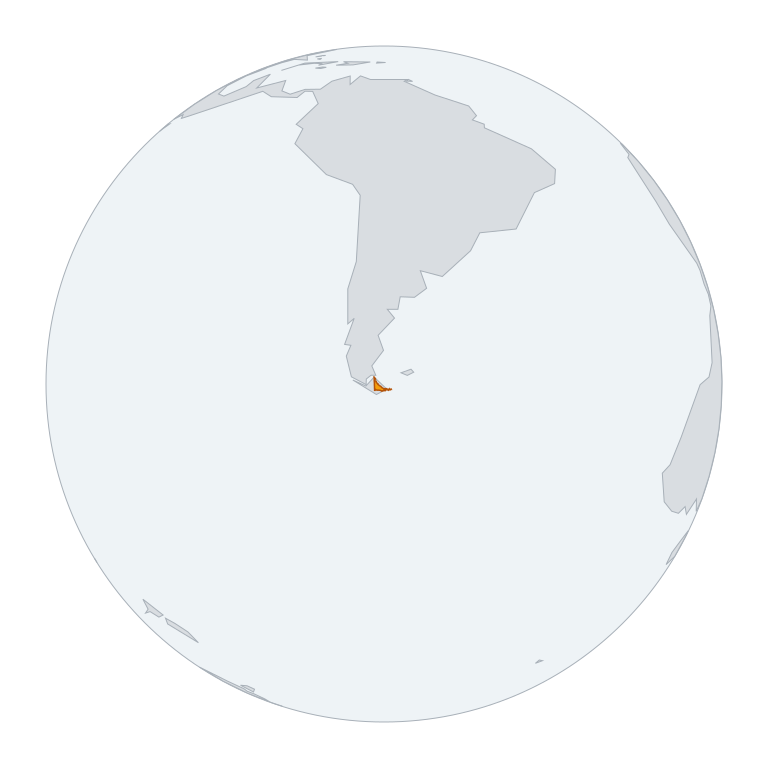 the Earth from above Tierra del Fuego
{"feature_id": "ARG-1272", "entity_name": "Tierra del Fuego", "entity_type": "National Territory", "adm_level": 1, "iso_a3": "ARG", "parent_name": "Argentina", "parent_adm1": "", "projection": "orthographic", "projection_center": [-65.869, -53.846], "detail": "fine", "context": "on_globe", "style": "filled", "palette": "amber", "viewbox_px": 768, "rotation_deg": 0, "n_neighbors": 0, "source": "natural_earth", "source_scale": "10m", "svg_char_len": 5253}
<svg xmlns="http://www.w3.org/2000/svg" viewBox="0 0 768 768"><circle cx="384" cy="384" r="338" fill="#eef3f6" stroke="#a8b0b8"/><path d="M168.1,124.0L169.9,123.8L162.1,129.4L159.8,131.2L168.1,124.0ZM336.9,49.4L307.1,55.7L307.4,60.1L294.3,59.4L281.8,62.7L266.4,67.9L266.1,68.4L246.3,75.9L227.2,85.7L218.5,94.0L223.9,96.1L246.2,86.6L253.6,80.6L270.4,74.2L256.7,88.0L285.7,80.5L281.9,90.9L290.1,94.2L305.1,89.4L320.4,89.2L331.9,81.2L350.2,76.0L350.1,84.5L360.5,75.9L370.5,79.5L407.1,79.5L404.2,81.3L435.0,95.0L468.7,106.0L476.5,115.7L472.4,119.9L484.2,124.2L484.4,127.8L531.4,148.8L555.4,169.3L554.6,183.6L534.4,192.6L516.1,229.0L479.8,232.8L470.6,250.7L442.3,276.5L420.3,270.7L426.6,288.3L414.5,297.3L400.2,296.8L397.9,309.3L387.3,309.3L394.5,318.1L378.1,335.3L383.5,350.4L371.8,365.9L375.8,375.3L371.1,375.2L366.3,379.0L366.1,384.6L351.4,376.8L346.3,356.1L350.9,345.3L344.6,344.4L354.2,318.3L347.8,323.9L347.8,288.9L356.3,261.6L360.2,195.3L352.6,184.3L326.4,174.6L294.9,143.7L302.9,128.7L296.2,124.3L318.2,103.6L312.7,91.4L305.0,91.2L297.1,97.5L271.3,96.7L262.8,91.3L188.1,116.3L181.4,118.4L183.1,114.6L173.9,119.3L194.6,104.2L216.3,90.6L239.0,78.8L262.6,68.6L286.8,60.3L311.7,53.9L336.9,49.4ZM304.9,63.1L338.2,61.6L318.5,65.2L322.4,63.6L314.1,63.3L298.4,65.1L281.4,70.4L304.9,63.1ZM321.4,56.1L315.6,56.9L321.4,55.8L321.4,56.1ZM376.4,394.5L352.8,380.0L365.9,386.0L374.1,377.1L386.8,389.1L376.4,394.5ZM401.0,372.8L411.0,369.2L413.7,372.2L407.3,375.4L401.0,372.8ZM701.8,499.0L696.2,511.4L696.5,499.0L686.4,514.4L685.1,506.6L678.4,513.3L671.7,511.2L664.2,501.8L662.3,473.2L670.1,464.7L681.2,437.1L700.1,384.7L709.0,377.0L712.1,362.7L709.8,315.7L710.9,305.9L708.3,294.2L704.1,284.1L700.0,270.3L696.7,263.1L669.4,224.3L656.0,201.6L627.8,157.6L629.0,154.4L620.3,143.2L622.2,144.3L638.6,161.8L653.7,180.4L667.4,200.0L679.8,220.6L690.6,242.0L699.9,264.1L707.6,286.8L713.7,310.0L718.1,333.6L720.9,357.4L721.9,381.4L721.2,405.4L718.9,429.2L714.8,452.9L709.1,476.2L701.8,499.0ZM408.3,79.4L412.6,81.4L406.7,81.1L408.3,79.4ZM315.4,68.1L322.7,67.0L326.3,67.3L320.7,68.5L315.4,68.1ZM377.1,62.0L385.6,62.5L376.6,63.1L377.1,62.0ZM343.5,61.7L370.3,62.0L353.0,64.9L336.1,65.2L347.9,63.3L343.5,61.7ZM317.3,58.9L321.7,58.4L320.1,59.4L317.3,58.9ZM325.7,55.4L323.9,55.7L321.8,55.6L325.7,55.4ZM542.5,660.7L535.4,663.3L539.3,660.0L542.5,660.7ZM674.7,556.4L666.1,564.6L672.0,552.4L679.9,541.7L688.3,530.6L686.0,535.6L674.7,556.4ZM167.7,624.0L165.5,618.2L175.2,623.6L188.0,632.0L198.4,642.7L167.7,624.0ZM254.5,689.2L253.5,692.0L240.5,685.2L247.1,685.8L254.5,689.2ZM158.9,617.1L150.1,611.6L145.5,613.1L148.1,609.2L142.9,599.2L163.1,615.0L158.9,617.1ZM199.5,667.1L226.8,680.8L244.2,688.9L247.1,691.2L254.4,694.0L265.2,699.1L270.2,702.2L277.5,704.6L273.1,703.2L247.6,693.2L223.0,681.1L199.5,667.1ZM275.9,704.1L280.8,705.7L282.3,706.2L275.9,704.1ZM94.8,558.8L94.4,558.0L97.1,562.6L94.8,558.8Z" fill="#d9dde1" stroke="#a8b0b8" stroke-width="1"/><path d="M374.6,389.7L374.5,388.1L374.5,386.5L374.4,385.0L374.4,383.4L374.3,381.8L374.2,380.2L374.2,378.7L374.1,377.1L374.3,377.2L374.4,377.4L374.6,377.8L374.9,378.2L375.0,378.3L375.2,378.5L375.3,378.6L375.4,378.8L375.5,379.0L375.6,379.7L375.7,379.8L375.6,379.7L375.4,379.2L375.2,379.3L375.0,379.5L374.8,379.7L374.6,379.9L374.5,380.2L374.5,380.4L374.5,380.6L374.7,380.8L374.9,380.9L375.0,380.9L375.2,381.0L375.5,381.0L375.8,381.0L376.1,381.2L376.2,381.3L376.2,381.5L376.3,381.8L376.3,382.1L376.6,382.6L377.3,383.4L377.5,383.6L377.6,383.8L377.8,383.8L378.1,384.0L378.0,384.4L379.1,385.3L379.6,385.7L380.0,385.9L380.2,386.0L380.3,386.1L380.9,386.4L381.1,386.6L381.3,387.0L381.6,387.3L381.7,387.5L381.9,387.5L382.0,387.7L382.3,387.8L382.6,388.0L383.7,388.6L383.8,388.6L384.0,388.7L384.3,388.7L384.6,388.8L385.4,388.7L385.6,388.7L385.9,388.6L386.4,388.7L386.5,388.7L386.5,388.8L386.4,388.9L386.3,389.0L386.2,389.3L386.1,389.5L386.1,389.8L385.9,389.9L385.8,390.3L385.7,390.4L385.6,390.2L385.4,390.1L385.3,390.3L385.0,390.4L384.9,390.4L384.8,390.5L384.7,390.6L384.5,390.4L384.4,390.3L384.2,390.3L384.0,390.2L383.9,390.3L383.7,390.2L383.6,390.3L383.7,390.5L383.4,390.7L383.2,390.8L382.9,390.8L382.5,390.8L382.3,390.8L382.3,391.0L382.1,391.1L381.7,391.1L381.4,391.0L381.3,390.9L381.2,390.8L381.1,390.7L380.8,390.5L380.7,390.5L380.4,390.4L380.1,390.3L379.0,390.2L378.3,390.1L377.9,390.2L377.0,390.1L376.5,390.0L376.3,389.9L376.0,389.9L375.8,389.8L375.7,389.7L375.7,389.8L375.7,390.0L375.0,390.1L374.9,390.1L374.7,389.9L374.6,389.7L374.6,389.7ZM390.7,389.3L390.8,389.3L391.0,389.2L391.0,389.3L390.9,389.4L390.9,389.5L390.7,389.6L390.5,389.8L390.4,389.8L390.4,389.7L390.5,389.6L390.4,389.5L390.2,389.6L389.9,389.8L389.6,389.8L389.4,389.8L389.5,389.7L389.4,389.6L389.2,389.6L389.0,389.8L388.9,389.9L388.7,389.9L388.6,390.0L388.4,390.1L388.3,390.3L388.2,390.3L388.0,390.2L387.8,389.8L387.8,389.7L388.0,389.5L388.3,389.7L388.6,389.6L388.5,389.3L388.4,389.2L388.5,389.2L388.6,389.3L388.8,389.4L389.0,389.3L389.0,389.5L389.1,389.4L389.1,389.2L389.3,389.2L389.4,389.3L389.5,389.2L389.6,389.3L389.8,389.4L389.8,389.2L389.9,389.3L390.0,389.3L390.0,389.2L390.1,389.4L390.3,389.3L390.7,389.2L390.8,389.3L390.7,389.3ZM374.6,390.3L374.6,390.1L374.6,389.8L374.7,390.0L374.8,390.1L374.8,390.3L374.6,390.3Z" fill="#f59e0b" stroke="#b45309" stroke-width="1.5"/></svg>